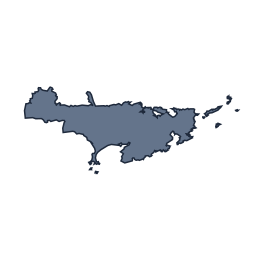 the district of Corca Dhuibhne Lea-3, Kerry, Ireland, rotated 191°
{"feature_id": "5873133B90266849375515", "entity_name": "Corca Dhuibhne Lea-3", "entity_type": "district", "adm_level": 2, "iso_a3": "IRL", "parent_name": "Ireland", "parent_adm1": "Kerry", "projection": "albers", "projection_center": [-10.264, 52.188], "detail": "fine", "context": "isolated", "style": "filled", "palette": "slate", "viewbox_px": 256, "rotation_deg": 191, "n_neighbors": 0, "source": "geoboundaries", "source_scale": "gbopen_adm2", "svg_char_len": 5869}
<svg xmlns="http://www.w3.org/2000/svg" viewBox="0 0 256 256"><g transform="rotate(191 128 128)"><path d="M230.7,118.1L223.5,120.0L220.4,119.5L214.7,120.7L212.6,119.8L210.7,117.8L209.1,117.7L208.1,118.4L208.4,119.9L208.1,120.1L206.3,120.5L205.0,119.7L199.9,122.3L196.9,121.3L194.0,122.9L192.0,123.2L191.2,122.3L191.7,121.1L192.0,115.4L190.8,111.2L181.7,114.2L179.8,114.2L177.2,112.4L175.0,113.3L170.6,113.2L170.0,112.2L166.7,110.9L165.6,108.5L161.8,107.4L160.0,106.1L160.5,105.7L162.3,107.4L156.9,101.7L155.6,99.0L156.1,96.7L157.9,96.2L158.3,95.3L157.3,92.7L157.4,89.6L158.7,87.6L160.0,86.8L158.2,84.9L157.1,86.0L157.9,86.8L157.7,87.5L155.7,88.7L153.9,88.0L154.3,86.2L153.2,87.1L152.1,86.4L151.3,87.0L149.2,87.0L149.1,87.8L150.1,88.1L150.7,89.3L151.8,88.7L152.6,89.1L154.3,92.5L154.2,95.9L153.1,98.4L150.5,101.5L144.5,107.0L141.2,108.7L133.0,109.3L131.6,108.6L131.2,109.6L132.5,109.4L134.1,110.4L131.9,111.8L132.0,112.5L131.2,111.2L130.0,111.0L125.7,111.9L124.4,114.1L123.2,113.7L123.8,111.6L127.9,108.3L127.9,106.7L130.8,103.2L127.7,102.0L127.4,102.4L128.8,98.6L127.9,97.4L128.6,94.3L124.5,93.1L117.5,96.6L117.5,97.7L118.0,98.9L117.5,99.5L116.4,99.7L115.4,98.4L113.9,97.9L111.9,98.7L110.7,98.4L107.1,100.6L106.8,100.3L106.5,101.7L105.4,103.1L105.7,103.7L105.0,104.1L102.9,104.7L101.5,103.9L100.1,104.5L99.5,105.3L99.9,105.3L100.1,106.7L98.0,109.1L97.6,110.9L96.5,110.3L96.6,111.6L96.0,110.5L95.6,110.7L95.7,110.2L92.2,112.6L91.9,111.9L91.0,112.2L90.8,111.2L90.0,111.2L89.2,113.2L88.1,112.4L87.5,113.0L87.2,111.9L86.4,112.0L85.2,113.2L85.6,113.1L84.5,115.3L83.7,115.7L83.3,117.4L83.8,117.9L83.4,118.3L86.0,118.6L87.0,117.9L87.7,118.6L86.9,118.1L87.1,120.3L82.3,125.0L82.6,125.2L82.2,126.1L82.4,127.3L85.4,129.4L84.8,131.5L83.4,133.3L83.9,133.8L82.1,132.8L81.9,131.8L80.8,131.3L80.8,130.6L80.2,131.4L78.2,131.3L74.8,129.7L75.0,128.9L75.8,128.2L74.9,127.3L75.2,126.4L75.0,125.9L77.2,122.8L76.5,121.2L75.9,121.3L75.0,123.0L73.4,122.9L71.2,124.5L70.9,125.5L71.4,125.7L70.2,126.7L67.9,126.8L62.9,130.7L63.3,131.1L63.0,131.8L65.5,131.1L66.6,131.4L66.1,132.2L66.8,132.0L66.2,132.4L66.8,132.5L65.5,133.6L68.5,132.2L69.7,133.4L67.7,133.6L67.1,134.7L67.6,134.9L66.7,136.2L65.0,137.0L65.5,137.3L64.4,138.2L64.8,138.4L64.5,139.1L65.5,139.1L63.9,140.7L63.5,140.2L61.7,140.8L61.9,141.2L61.6,141.3L62.9,142.0L63.0,142.6L64.2,143.1L63.4,147.2L64.4,147.5L64.2,148.3L65.1,148.9L64.7,150.0L65.2,149.5L65.7,150.3L64.3,153.5L62.2,153.8L61.3,155.2L64.6,154.8L66.2,156.1L66.2,159.0L67.3,159.3L70.9,158.6L71.7,157.8L73.0,158.6L75.8,156.8L77.7,157.1L78.9,155.9L80.0,156.2L80.7,155.5L80.8,156.1L82.6,156.2L83.8,155.3L84.8,156.4L85.7,156.0L86.8,156.6L87.6,155.5L88.8,155.2L86.3,154.4L85.3,152.8L83.7,153.2L82.8,151.2L82.7,152.6L82.4,151.5L84.2,148.3L86.1,147.1L90.6,149.3L91.5,150.2L91.1,151.0L93.2,150.7L92.8,151.3L93.5,152.0L93.7,153.3L97.8,153.0L98.8,154.2L99.2,153.7L99.4,154.3L100.5,154.6L102.8,153.3L103.5,153.9L106.2,153.3L106.9,151.6L105.7,150.2L103.1,150.1L102.1,149.3L98.7,149.0L97.7,148.2L96.8,148.7L96.3,148.5L96.2,148.6L95.9,148.6L98.1,146.9L98.7,145.7L99.9,146.5L101.5,145.7L101.2,143.6L103.2,144.8L103.2,145.5L103.6,145.8L103.4,145.0L104.0,145.0L104.0,145.6L104.1,145.0L104.7,145.1L104.2,145.4L104.6,145.6L104.3,146.4L105.6,146.9L106.8,148.6L106.7,150.0L107.4,150.9L109.2,150.9L109.0,151.9L109.6,152.6L111.9,151.5L112.5,151.6L112.3,151.9L114.4,151.4L115.1,152.1L115.5,151.6L115.1,150.9L116.7,149.4L116.7,148.6L116.6,147.5L115.2,147.5L114.7,147.0L114.8,146.6L115.9,146.4L116.0,145.5L117.2,146.5L118.6,146.4L118.8,145.6L118.8,146.3L119.1,146.2L118.8,146.7L117.3,147.3L116.5,150.6L118.6,151.2L118.7,152.7L119.3,152.7L118.9,153.9L120.9,153.8L119.8,155.0L120.8,155.6L126.9,152.5L128.2,150.9L131.9,151.8L130.5,153.8L131.6,153.4L132.7,154.0L133.8,153.1L135.5,153.1L137.2,151.8L138.6,149.1L141.7,150.2L144.4,148.4L146.3,148.4L150.4,146.4L150.7,145.5L152.9,146.0L154.7,145.0L155.7,145.3L164.1,143.3L167.0,147.4L170.3,153.7L172.3,155.8L174.6,155.9L175.5,154.2L172.8,151.8L172.5,150.7L172.7,148.9L171.4,147.9L171.5,146.4L169.4,145.9L166.6,143.3L169.0,143.9L171.2,142.3L177.4,141.7L182.3,139.7L184.3,139.9L185.9,138.7L188.3,139.3L189.5,137.7L194.7,138.5L198.6,137.7L198.4,136.9L199.2,137.8L199.0,139.1L200.1,139.7L202.1,138.0L202.9,136.2L202.5,137.5L203.3,136.7L203.0,137.4L203.5,138.4L204.3,138.4L204.8,140.3L203.2,143.2L203.5,145.2L204.4,145.2L205.2,146.0L204.6,146.8L205.8,148.5L209.8,149.6L210.1,151.0L209.1,151.7L210.0,152.8L211.9,153.3L212.5,153.0L214.3,148.9L218.8,148.8L220.7,149.5L221.5,150.8L223.5,150.5L223.7,149.2L222.8,148.4L223.4,146.5L226.2,145.5L225.8,144.4L226.4,143.9L228.6,143.6L227.7,141.6L227.6,138.9L229.5,138.1L229.2,136.7L229.7,135.9L228.2,134.0L229.8,134.0L230.6,133.0L232.8,132.3L232.9,125.3L230.7,118.1ZM48.4,159.0L43.0,162.8L42.8,163.8L42.2,164.0L41.9,165.1L41.2,165.3L40.3,167.3L43.7,166.0L43.6,165.3L46.3,162.9L47.5,162.8L48.3,161.8L49.1,162.5L52.2,159.8L53.7,159.7L54.1,158.1L55.6,156.6L54.4,156.0L53.6,154.4L53.0,154.4L52.6,154.9L52.9,154.8L52.5,155.1L52.4,155.6L52.8,155.2L52.4,156.9L51.9,156.8L51.0,158.2L48.4,159.0ZM39.9,147.7L37.9,149.3L40.6,149.8L41.0,148.7L42.0,148.8L42.1,146.0L41.6,145.2L40.8,145.9L41.3,146.2L39.8,147.0L39.9,147.7ZM33.7,175.8L33.2,175.0L32.6,175.1L32.2,176.4L33.0,176.2L33.0,176.7L33.3,176.7L33.0,177.0L33.3,176.9L33.0,177.7L35.0,177.8L35.2,178.6L35.6,177.9L36.3,178.0L36.6,177.2L35.6,176.4L35.9,175.9L33.7,175.8ZM33.6,172.5L32.6,173.4L32.7,174.2L35.5,172.3L35.5,170.8L34.5,170.6L34.4,171.7L33.8,171.6L33.6,172.5ZM25.0,165.3L23.7,165.5L23.1,166.4L23.7,166.2L24.2,166.8L25.7,165.9L25.0,165.3ZM155.9,81.9L156.9,81.6L157.0,80.6L156.1,80.3L155.9,81.9ZM55.4,152.0L54.9,153.0L55.5,153.6L56.1,152.7L56.6,152.9L56.5,152.4L55.4,152.0ZM150.2,79.2L151.6,79.2L151.7,78.1L150.2,79.2ZM149.4,78.4L150.3,77.8L150.4,77.4L149.7,77.5L149.4,78.4ZM157.0,80.0L157.7,80.2L157.8,79.8L157.0,80.0Z" fill="#64748b" stroke="#1e293b" stroke-width="1.5"/></g></svg>